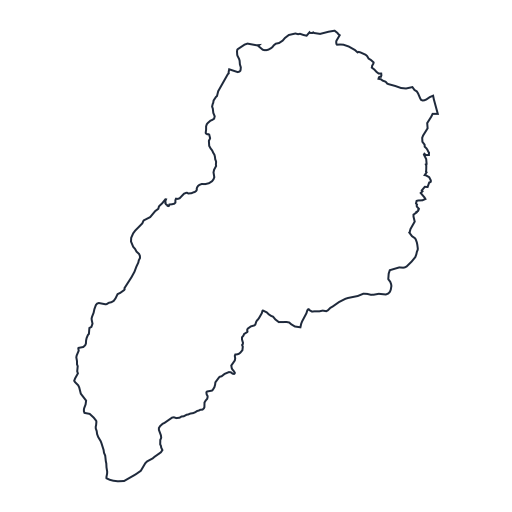 outline of Finis, Bihor, Romania
{"feature_id": "2599482B59460374460449", "entity_name": "Finis", "entity_type": "district", "adm_level": 2, "iso_a3": "ROU", "parent_name": "Romania", "parent_adm1": "Bihor", "projection": "mercator", "projection_center": [22.253, 46.612], "detail": "fine", "context": "isolated", "style": "outline", "palette": "slate", "viewbox_px": 512, "rotation_deg": 0, "n_neighbors": 0, "source": "geoboundaries", "source_scale": "gbopen_adm2", "svg_char_len": 5975}
<svg xmlns="http://www.w3.org/2000/svg" viewBox="0 0 512 512"><path d="M106.5,478.3L109.8,479.8L113.2,480.7L117.9,481.3L124.1,481.0L135.6,474.4L140.8,470.8L145.3,463.2L147.1,461.4L152.7,458.4L154.4,456.9L160.9,452.3L162.4,450.1L161.2,447.6L161.0,446.1L160.2,444.3L160.3,439.8L160.9,438.7L161.2,437.6L160.9,435.3L158.9,429.9L158.9,429.1L158.9,428.0L160.1,426.1L162.6,423.8L164.5,422.9L172.1,417.6L173.9,417.3L176.3,418.1L179.6,417.7L181.5,416.5L183.7,416.3L186.7,414.7L188.2,414.5L190.2,413.6L193.2,413.1L195.3,412.2L197.1,411.0L199.0,410.5L200.2,409.8L202.5,409.6L203.1,409.1L203.9,408.3L204.4,407.2L204.5,402.5L205.7,400.5L207.2,398.8L207.6,397.1L207.6,396.1L206.7,394.5L206.4,392.7L206.5,392.1L207.1,391.5L212.0,390.6L212.8,389.8L214.4,387.2L215.1,384.7L215.4,382.3L219.1,377.3L219.9,376.7L221.6,376.3L224.6,373.9L228.9,372.1L230.8,372.3L232.5,373.6L233.4,373.9L234.2,373.9L234.7,373.4L234.8,372.7L233.7,371.0L232.2,369.2L231.7,368.0L231.3,365.5L234.8,360.5L235.2,358.3L234.8,355.9L235.3,354.5L236.9,354.4L238.7,353.9L240.3,352.7L242.4,350.2L242.8,346.7L242.1,345.0L242.7,344.3L243.0,342.9L242.0,339.5L242.0,337.3L243.4,335.7L244.1,334.0L247.3,332.0L247.5,331.4L247.2,330.3L247.3,329.5L247.8,328.6L250.9,326.4L254.4,325.4L255.3,324.6L256.2,321.8L257.0,320.4L257.8,319.7L259.1,317.9L261.8,313.2L262.5,310.8L262.9,310.5L266.8,312.4L268.7,314.3L271.1,315.9L273.1,316.7L275.3,319.4L278.8,322.1L286.6,322.0L289.2,322.5L291.1,324.2L294.9,326.5L300.4,327.3L301.2,323.7L302.1,321.4L306.4,313.3L307.3,310.4L308.0,309.4L308.7,309.2L309.4,310.1L312.0,311.6L314.7,311.3L319.5,311.3L322.7,310.6L326.3,311.2L327.9,310.3L330.4,307.8L332.7,306.5L339.1,302.0L345.4,298.8L347.9,298.0L357.8,296.0L363.4,293.7L367.2,293.9L370.9,294.8L373.8,294.7L378.8,293.8L385.8,294.5L388.1,293.6L389.4,292.4L390.0,291.6L390.8,289.5L391.4,286.0L391.1,284.1L390.2,281.7L388.4,279.4L388.3,278.8L388.7,273.6L389.8,270.2L399.3,267.4L403.2,267.7L404.8,267.4L406.6,266.5L411.6,261.6L415.3,257.1L416.3,254.4L416.9,251.7L417.7,249.8L417.8,248.5L417.3,244.7L416.8,242.3L415.7,239.3L414.8,238.1L412.0,236.2L409.3,232.6L409.8,232.1L409.8,231.6L410.5,229.0L414.7,221.6L413.5,216.6L413.5,214.6L416.6,212.4L416.4,212.0L418.0,211.0L418.7,209.5L418.4,209.2L418.8,208.7L416.8,206.5L416.7,205.3L417.0,204.6L416.0,203.4L416.6,200.9L418.1,200.5L422.4,200.3L425.4,199.0L424.6,197.6L420.7,193.0L422.5,191.3L421.8,190.4L424.8,186.8L427.6,187.0L429.2,182.5L430.2,182.2L430.8,181.7L430.8,180.4L429.2,177.2L426.0,175.4L424.7,175.1L426.6,172.3L426.0,171.6L426.2,170.2L426.3,165.6L425.8,164.4L426.6,164.0L426.2,159.1L423.9,154.6L424.4,153.8L425.8,155.1L428.9,155.0L429.0,152.6L428.4,151.9L427.4,149.8L426.4,148.3L424.7,146.7L424.6,144.7L422.4,141.8L422.2,137.8L423.1,135.5L427.6,128.3L427.2,123.1L431.3,116.6L432.6,113.9L437.8,113.9L433.8,99.2L433.1,95.7L429.8,97.1L426.3,99.5L424.3,100.3L422.7,100.5L421.1,99.9L420.2,98.4L418.1,93.5L416.8,91.4L414.5,90.0L412.4,87.1L406.0,88.5L401.0,88.0L395.3,86.0L388.4,84.1L387.2,83.6L386.1,82.2L385.1,81.5L382.6,80.6L381.0,79.3L378.5,78.8L378.9,77.4L379.4,76.9L380.9,76.8L381.4,75.3L381.2,73.5L378.6,73.5L376.5,71.9L374.3,69.5L371.8,67.6L372.0,67.0L372.1,65.8L373.4,63.6L373.6,62.4L370.8,59.9L368.6,58.6L367.2,56.2L366.5,55.5L365.5,54.7L360.4,52.4L358.6,51.9L357.6,52.4L354.9,50.0L348.7,46.5L343.4,44.7L340.4,44.5L337.0,44.7L336.4,43.9L336.2,42.0L336.4,40.8L339.7,35.2L338.3,34.1L337.4,32.9L334.6,30.7L328.7,31.7L320.1,33.9L314.0,33.0L313.2,32.4L312.4,33.0L309.9,32.9L309.5,32.3L306.6,35.7L303.5,35.0L300.0,33.8L298.1,34.2L295.4,33.5L288.8,35.0L284.9,38.0L282.7,40.6L279.1,43.0L275.8,43.7L273.8,45.3L272.4,47.1L271.0,48.2L268.5,49.6L266.6,50.1L264.2,50.1L262.7,49.7L258.2,45.9L259.1,45.1L256.7,45.3L247.5,43.6L244.6,44.6L237.7,49.2L237.3,49.7L237.0,51.4L237.2,54.7L237.4,55.6L239.1,59.0L239.6,60.7L239.9,64.4L240.8,67.3L240.6,69.8L240.3,70.8L239.4,71.6L237.7,72.1L229.2,69.3L228.6,72.2L228.7,73.4L227.8,74.2L218.2,91.2L217.0,96.0L215.9,97.0L213.6,100.5L213.2,102.9L212.7,104.0L212.1,106.6L212.8,108.6L213.3,112.9L214.7,116.3L214.1,118.7L212.3,119.9L210.4,120.7L207.8,123.0L206.8,124.2L206.1,126.4L206.1,129.6L205.7,132.8L205.9,133.4L207.3,134.3L208.4,134.2L209.2,134.6L210.1,138.2L209.6,139.5L209.0,140.4L208.9,141.1L209.2,145.9L210.7,148.6L211.7,149.8L212.7,151.5L213.0,152.4L214.4,154.7L214.9,156.6L215.3,159.7L215.7,160.3L216.1,161.9L215.9,164.6L216.1,166.0L214.1,169.7L213.5,172.4L214.3,177.2L213.5,179.3L212.1,181.2L209.0,183.2L205.3,184.1L201.7,184.0L199.4,184.9L198.1,185.9L197.1,187.4L196.7,188.8L196.8,189.8L196.2,190.9L194.6,192.1L193.8,192.2L191.5,193.2L188.3,193.5L187.1,192.8L186.3,192.8L184.0,193.7L179.6,198.3L177.7,198.9L176.0,198.7L175.4,200.2L175.4,202.6L174.3,203.7L171.8,204.3L169.4,204.5L168.9,205.9L168.2,206.1L167.5,205.8L167.4,205.3L166.0,204.3L165.3,203.1L165.6,202.2L165.2,201.4L166.0,199.4L165.4,199.3L162.2,203.3L159.4,205.9L158.9,206.6L158.3,208.8L155.2,211.1L150.2,217.1L143.9,220.3L143.4,220.9L142.3,223.4L135.2,230.6L133.2,233.3L131.2,237.8L131.0,241.5L133.2,246.8L135.1,249.0L136.5,251.6L139.1,254.0L139.9,255.9L140.0,258.0L138.8,260.3L138.3,262.6L136.4,266.6L134.5,271.7L131.5,277.2L124.5,288.1L124.6,289.4L124.1,290.1L120.2,292.9L117.6,294.1L115.5,298.4L113.7,300.9L111.4,302.2L108.8,302.8L106.7,304.1L105.6,304.3L98.8,303.0L97.1,303.6L95.9,305.0L94.4,309.1L93.6,312.8L92.1,316.6L91.6,318.4L91.7,319.9L92.5,323.7L91.4,326.9L89.4,328.0L88.9,333.9L87.9,335.0L86.6,338.1L86.1,340.4L85.9,343.6L85.2,345.2L83.3,347.0L78.5,347.9L78.3,348.5L78.7,350.7L76.7,355.4L76.3,357.3L77.0,361.2L77.0,364.3L77.7,366.2L77.2,371.3L77.9,373.4L75.1,378.4L74.2,380.8L75.1,382.2L78.2,385.3L79.2,387.4L80.8,393.7L86.1,400.6L85.6,404.4L84.1,408.4L83.9,409.7L83.9,411.3L84.5,412.9L89.7,413.9L93.7,417.6L96.2,420.8L96.4,421.9L96.1,425.1L95.7,426.9L95.8,428.6L96.7,431.1L97.1,434.1L98.2,437.0L100.7,441.2L101.5,443.3L103.6,450.0L104.0,452.8L105.2,455.6L105.8,461.1L106.3,463.5L106.5,467.4L107.2,471.8L107.1,473.6L106.4,477.2L106.5,478.3Z" fill="none" stroke="#1e293b" stroke-width="2"/></svg>